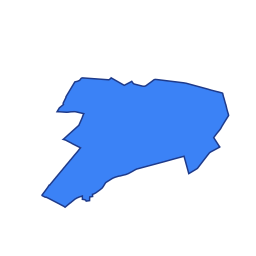 the district of Baloži, Kekavas, Latvia, rotated 165°
{"feature_id": "27541924B31221481282292", "entity_name": "Baloži", "entity_type": "district", "adm_level": 2, "iso_a3": "LVA", "parent_name": "Latvia", "parent_adm1": "Kekavas", "projection": "equal_earth", "projection_center": [24.137, 56.87], "detail": "fine", "context": "isolated", "style": "filled", "palette": "blue", "viewbox_px": 256, "rotation_deg": 165, "n_neighbors": 0, "source": "geoboundaries", "source_scale": "gbopen_adm2", "svg_char_len": 2749}
<svg xmlns="http://www.w3.org/2000/svg" viewBox="0 0 256 256"><g transform="rotate(165 128 128)"><path d="M44.6,85.7L44.8,86.4L44.4,86.4L44.8,87.4L47.7,96.5L46.5,97.5L45.1,98.6L43.7,99.7L40.6,101.9L38.8,103.3L37.6,104.5L37.2,105.0L33.1,108.9L27.6,114.0L27.5,115.2L27.6,118.4L27.6,121.3L27.5,123.7L27.5,125.6L27.6,126.4L27.6,132.2L27.7,132.8L27.7,133.0L27.6,137.0L27.8,137.3L28.4,137.7L37.8,143.0L38.1,143.2L39.4,144.0L39.8,144.2L40.5,144.7L50.3,150.4L60.1,156.1L62.7,157.3L87.5,167.3L89.2,167.9L90.3,167.9L91.8,167.3L93.0,166.8L100.0,164.1L101.6,164.1L103.2,164.7L110.7,168.9L111.5,169.9L112.3,172.1L112.9,171.9L120.6,170.2L131.2,180.7L131.3,180.8L131.6,180.4L134.0,179.5L157.3,187.6L159.1,188.2L159.9,188.2L160.5,188.0L161.9,186.9L162.4,186.6L163.3,186.4L164.9,186.2L167.2,186.3L167.5,186.2L173.8,180.1L177.0,177.0L179.8,174.3L180.0,173.6L184.1,168.9L184.3,168.5L184.3,167.4L189.1,165.2L192.3,162.1L190.0,161.4L183.2,159.1L181.8,158.8L179.4,158.5L175.7,157.7L174.3,157.2L167.0,153.3L167.1,153.2L168.2,151.8L169.8,149.5L171.8,147.0L174.3,143.9L174.6,143.6L174.6,143.4L186.8,137.2L193.2,133.9L193.5,133.8L191.3,132.4L189.6,130.8L186.5,128.0L186.0,127.4L182.1,123.9L179.4,121.5L179.0,121.1L180.1,120.4L181.9,119.0L182.7,118.4L185.3,116.6L186.5,115.8L187.2,115.3L191.5,112.2L192.1,111.9L192.8,111.3L194.4,110.2L194.8,109.9L196.7,108.6L198.1,107.6L198.7,107.1L199.5,106.6L200.1,106.2L200.9,105.6L202.4,104.5L203.0,104.1L203.6,103.7L204.7,102.9L205.0,102.7L206.0,102.0L206.4,101.7L207.3,101.1L208.1,100.5L208.2,100.4L208.3,100.3L208.6,100.2L209.0,99.8L209.5,99.5L210.0,99.2L210.9,98.5L211.6,98.0L212.4,97.5L213.1,96.9L213.4,96.8L213.7,96.5L214.6,95.9L215.4,95.3L216.7,94.4L217.0,94.2L218.4,93.1L218.8,93.3L218.9,93.2L219.4,92.8L220.3,92.0L221.3,91.1L222.1,90.5L222.5,90.1L223.0,89.8L223.3,89.5L228.5,85.4L228.4,84.9L228.1,84.6L226.3,83.0L225.9,82.6L224.9,82.3L223.5,81.1L222.9,80.6L220.2,78.1L215.6,73.9L210.2,68.9L209.3,67.8L208.6,68.1L203.5,70.5L203.3,70.5L203.1,70.5L201.1,71.5L200.1,71.9L197.7,73.0L195.5,73.6L194.0,73.8L192.7,74.0L192.3,74.0L189.7,74.1L190.0,73.1L190.1,72.6L190.2,71.9L190.4,71.1L190.5,70.9L189.8,70.6L189.1,70.3L188.7,70.1L188.3,69.9L187.4,69.0L187.3,68.2L183.9,67.8L183.4,69.5L183.3,69.9L183.2,70.1L182.8,71.3L179.9,71.0L179.6,72.6L179.5,73.1L179.1,73.1L177.6,73.3L175.9,73.7L170.7,75.7L168.5,76.7L166.9,78.0L166.3,78.6L164.4,80.4L163.5,81.1L156.7,83.2L155.4,83.5L153.2,83.8L152.6,83.8L149.4,83.9L147.9,83.7L144.7,83.7L142.2,83.6L139.4,83.9L134.8,85.0L132.7,85.6L130.4,86.1L102.2,86.1L101.3,86.1L91.4,86.2L81.2,86.2L81.1,72.2L81.1,71.7L81.1,68.4L81.1,68.2L78.6,68.9L73.7,70.3L71.4,71.0L63.1,77.4L60.3,79.5L58.5,80.9L55.8,82.9L55.1,83.2L53.8,83.6L45.7,85.5L44.6,85.7Z" fill="#3b82f6" stroke="#1e3a8a" stroke-width="1.5"/></g></svg>